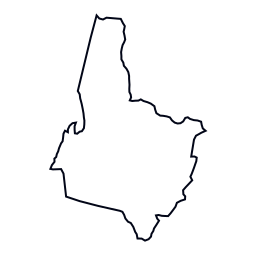 the district of Rio do Oeste, Santa Catarina, Brazil
{"feature_id": "56859067B83214012071559", "entity_name": "Rio do Oeste", "entity_type": "district", "adm_level": 2, "iso_a3": "BRA", "parent_name": "Brazil", "parent_adm1": "Santa Catarina", "projection": "albers", "projection_center": [-49.834, -27.144], "detail": "fine", "context": "isolated", "style": "outline", "palette": "ink", "viewbox_px": 256, "rotation_deg": 0, "n_neighbors": 0, "source": "geoboundaries", "source_scale": "gbopen_adm2", "svg_char_len": 1869}
<svg xmlns="http://www.w3.org/2000/svg" viewBox="0 0 256 256"><path d="M96.6,15.4L90.7,37.6L77.8,91.0L79.7,94.3L80.2,98.4L80.9,100.9L81.7,104.0L82.7,108.9L83.5,113.4L83.9,117.5L84.4,120.6L84.3,124.5L83.9,128.2L81.9,131.2L79.6,131.7L77.2,133.7L74.9,133.3L74.6,129.7L74.6,126.2L75.9,122.6L72.5,123.2L69.6,125.8L67.9,129.4L67.9,132.2L65.0,130.7L63.5,133.7L63.1,137.6L62.6,141.3L61.1,143.3L60.1,145.7L59.0,148.3L58.2,151.3L56.8,154.2L56.2,157.0L54.4,158.6L54.5,161.8L51.9,165.1L50.4,168.9L52.9,169.4L61.1,169.1L63.5,173.6L66.1,196.6L79.6,201.1L95.0,205.1L98.1,205.9L119.8,210.8L122.4,211.8L124.1,214.8L125.4,218.5L128.0,221.7L130.8,223.0L133.3,226.9L135.2,231.9L136.7,234.2L137.5,238.5L141.7,238.6L145.0,240.6L148.6,239.2L151.0,236.6L151.5,233.8L153.3,231.0L154.0,228.5L156.1,225.3L159.0,220.7L157.2,218.6L156.0,215.4L158.7,215.0L161.8,215.8L165.1,216.0L168.1,216.1L170.5,213.4L173.0,210.1L175.5,206.7L176.9,202.8L180.7,200.8L185.0,199.4L185.2,196.3L183.4,194.3L183.1,190.2L185.7,187.2L192.2,180.3L190.4,176.7L191.6,174.1L192.8,171.0L194.1,167.5L195.4,163.7L196.3,161.2L196.7,157.6L194.5,156.5L191.2,156.6L194.0,139.6L196.0,135.7L198.6,134.3L201.4,132.7L205.6,130.8L202.8,128.4L201.7,124.9L201.1,121.7L197.6,120.5L193.8,120.1L190.0,118.9L187.8,117.3L185.3,117.9L183.2,121.4L180.5,123.2L177.6,123.5L174.7,122.6L172.0,120.4L169.9,117.4L166.7,116.4L163.1,115.8L160.2,115.6L156.4,113.2L155.2,109.7L154.4,106.2L150.8,103.6L147.5,102.2L143.5,101.0L140.8,99.4L138.4,100.6L135.4,100.7L132.2,101.0L129.8,100.4L131.1,97.4L130.7,94.7L129.4,92.0L129.3,88.8L129.5,84.8L129.3,81.9L129.1,78.8L129.1,75.9L128.3,72.1L126.5,68.8L123.9,65.8L123.3,62.6L121.4,59.4L121.4,56.0L121.1,52.1L121.8,48.3L122.6,45.1L124.1,42.3L125.2,39.5L124.5,35.5L123.6,31.7L124.2,29.2L124.8,26.1L122.9,23.1L120.8,18.9L106.5,17.7L103.0,19.5L99.3,18.5L96.6,15.4Z" fill="none" stroke="#020617" stroke-width="2"/></svg>